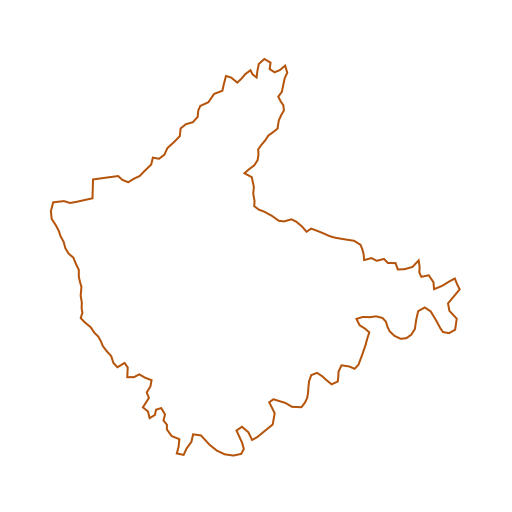 the district of Frederico Westphalen, Rio Grande do Sul, Brazil, rotated 80°
{"feature_id": "56859067B29549257615532", "entity_name": "Frederico Westphalen", "entity_type": "district", "adm_level": 2, "iso_a3": "BRA", "parent_name": "Brazil", "parent_adm1": "Rio Grande do Sul", "projection": "natural_earth1", "projection_center": [-53.359, -27.324], "detail": "fine", "context": "isolated", "style": "outline", "palette": "amber", "viewbox_px": 512, "rotation_deg": 80, "n_neighbors": 0, "source": "geoboundaries", "source_scale": "gbopen_adm2", "svg_char_len": 3021}
<svg xmlns="http://www.w3.org/2000/svg" viewBox="0 0 512 512"><g transform="rotate(80 256 256)"><path d="M434.5,286.1L424.8,268.8L414.1,264.9L407.3,266.9L402.4,268.4L400.1,263.7L402.9,258.3L405.8,252.6L410.8,246.7L412.8,237.5L408.6,233.0L404.7,230.3L400.2,228.6L394.8,227.3L388.4,225.4L382.9,222.3L381.7,216.1L385.9,211.7L390.3,208.3L395.5,203.8L393.8,197.3L389.1,195.9L384.4,194.9L378.5,190.8L381.0,183.3L384.2,178.5L380.9,174.0L371.4,168.4L363.1,163.8L356.5,160.7L350.9,157.7L346.4,161.3L342.2,166.0L335.4,168.0L334.6,161.5L336.0,154.4L336.3,148.2L339.0,142.2L343.3,139.4L348.2,138.9L353.3,137.5L358.7,133.5L362.7,127.8L363.0,122.1L360.5,116.8L355.6,112.3L346.1,109.1L338.4,105.8L336.0,98.7L340.9,93.6L345.8,91.7L350.2,90.0L359.2,87.0L363.4,85.0L365.5,79.3L363.2,72.7L352.6,69.2L343.5,75.1L336.0,75.1L324.2,61.2L319.0,62.8L312.7,64.1L314.6,70.0L317.8,78.1L319.6,86.4L312.6,85.8L305.0,89.2L305.2,96.8L300.6,98.0L295.4,96.8L288.6,96.6L293.9,103.7L294.8,111.8L293.9,118.7L287.2,119.8L285.8,127.3L281.1,130.5L281.7,137.9L278.1,142.7L278.8,150.2L272.7,149.7L267.8,150.1L263.1,151.2L258.1,156.7L254.7,166.6L251.7,175.0L249.2,180.1L246.0,184.8L242.3,190.6L238.6,196.9L240.9,202.0L234.9,205.6L229.2,210.4L226.0,214.8L226.8,222.3L225.3,227.4L219.2,233.4L213.8,240.2L210.8,245.2L206.6,249.1L201.6,247.9L194.2,247.9L187.5,246.1L177.6,246.5L172.5,253.0L169.4,247.9L166.4,242.0L161.9,237.8L156.7,236.0L151.3,235.3L147.6,231.5L143.6,226.7L139.5,222.9L137.3,218.2L134.3,212.7L126.4,210.0L121.4,206.5L117.4,203.2L112.4,202.9L108.1,204.8L102.9,206.4L98.8,202.0L91.4,199.1L85.6,196.7L81.0,193.4L73.6,194.2L77.1,200.3L78.3,205.8L74.3,210.1L68.1,208.1L63.4,213.6L67.4,219.9L74.3,222.6L80.3,224.4L76.5,227.9L72.1,229.2L75.1,235.1L78.8,239.5L82.0,244.3L76.0,249.4L73.5,254.3L81.5,258.0L87.4,260.4L89.1,269.1L96.3,276.2L98.5,284.8L102.7,287.6L108.9,289.3L113.3,295.0L114.0,302.2L117.3,308.1L124.7,310.2L129.4,316.7L134.3,324.5L140.4,328.7L143.4,334.6L141.2,340.5L147.7,343.3L153.0,351.1L157.0,356.6L158.9,363.5L161.2,369.0L157.9,374.3L153.3,377.9L152.3,403.2L170.8,407.0L171.1,415.0L171.5,423.4L171.5,429.9L168.6,435.6L167.9,446.4L176.2,450.2L183.9,450.8L191.0,447.8L197.2,445.8L202.4,445.1L208.6,443.0L215.2,442.4L221.2,440.1L225.8,436.2L232.2,434.8L238.9,432.9L245.6,434.1L250.5,433.9L256.2,433.3L264.8,435.6L271.6,435.6L277.1,436.8L281.7,436.8L286.7,439.4L291.4,436.3L297.4,431.2L303.5,428.5L308.0,425.3L312.9,423.6L318.0,422.5L323.4,419.8L329.4,416.0L336.5,415.0L341.5,411.8L338.5,404.0L343.5,401.7L353.0,403.8L354.1,397.2L352.3,391.5L356.5,386.5L360.2,380.4L366.2,382.7L371.3,387.3L377.2,386.1L385.4,393.7L390.3,389.4L397.2,388.9L395.0,383.2L390.0,381.1L389.3,375.8L396.2,373.1L401.9,375.7L406.8,373.0L411.3,373.9L418.7,370.3L423.1,363.3L430.5,365.4L436.7,368.3L439.3,361.8L433.5,357.8L427.8,351.9L420.7,348.9L423.1,341.4L427.6,338.5L434.0,334.4L440.9,328.3L445.9,321.2L448.6,312.9L448.3,304.9L443.9,301.5L437.6,302.1L424.5,305.5L421.7,299.5L428.3,294.1L436.5,291.8L434.5,286.1Z" fill="none" stroke="#b45309" stroke-width="2"/></g></svg>